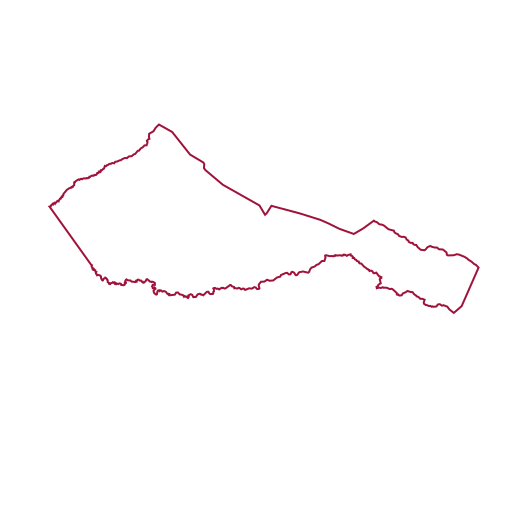 the district of Chigubo, Gaza, Mozambique, rotated 113°
{"feature_id": "85939544B66615302004978", "entity_name": "Chigubo", "entity_type": "district", "adm_level": 2, "iso_a3": "MOZ", "parent_name": "Mozambique", "parent_adm1": "Gaza", "projection": "natural_earth1", "projection_center": [33.548, -22.965], "detail": "fine", "context": "isolated", "style": "outline", "palette": "rose", "viewbox_px": 512, "rotation_deg": 113, "n_neighbors": 0, "source": "geoboundaries", "source_scale": "gbopen_adm2", "svg_char_len": 6116}
<svg xmlns="http://www.w3.org/2000/svg" viewBox="0 0 512 512"><g transform="rotate(113 256 256)"><path d="M328.5,404.3L328.6,403.4L329.8,403.3L330.7,402.3L330.9,401.2L331.5,401.6L332.3,401.0L332.3,400.2L331.6,400.0L332.1,399.0L331.9,398.4L333.0,397.8L333.1,397.0L333.5,397.3L335.1,396.0L335.2,395.0L335.8,394.7L335.0,393.6L334.9,391.8L335.3,390.8L336.9,390.0L338.2,388.5L338.5,387.7L338.3,387.4L336.4,387.4L335.5,386.3L334.8,386.3L334.9,385.5L335.5,384.1L336.1,383.7L336.2,383.1L338.1,382.2L338.2,380.9L339.0,380.5L339.1,379.9L338.8,379.2L337.9,379.2L336.9,377.9L336.2,377.6L336.4,377.2L335.4,376.0L335.6,375.6L336.1,375.9L336.6,375.6L336.9,374.8L336.6,373.8L335.7,374.0L335.7,371.8L334.8,371.3L334.5,370.7L334.4,369.5L335.3,368.8L334.6,366.3L333.5,365.6L332.5,366.2L331.6,365.2L331.0,365.6L331.0,366.4L329.4,366.6L328.2,366.2L328.4,364.3L327.6,362.0L328.2,360.7L327.1,356.8L326.4,356.0L325.9,356.8L325.5,356.7L325.3,356.0L324.2,355.8L323.7,355.1L323.7,354.4L324.1,353.6L323.5,352.2L324.2,351.2L323.9,350.3L324.6,349.9L324.5,348.9L322.0,347.7L320.3,347.7L319.8,347.0L321.0,343.6L320.6,342.6L320.8,342.0L320.2,341.4L320.0,340.4L320.4,338.5L322.1,337.8L322.9,339.8L324.7,339.8L325.2,338.6L326.0,338.4L325.8,337.8L324.6,337.3L325.1,335.9L325.6,335.7L326.2,336.3L328.2,336.7L329.8,335.4L330.5,333.3L330.4,332.5L330.0,332.3L327.0,332.9L326.1,332.7L325.3,331.8L325.3,331.4L325.9,331.0L324.8,330.2L325.4,328.3L324.3,327.2L324.1,325.6L324.4,324.5L325.3,323.2L324.9,321.4L325.7,321.6L326.1,320.5L323.3,315.6L320.9,315.2L320.1,313.7L321.2,311.1L320.8,310.2L320.6,307.8L321.5,306.6L320.7,306.4L320.7,305.9L321.2,305.3L320.4,304.0L321.3,302.7L321.2,302.1L319.9,301.9L318.7,302.8L316.7,301.2L316.7,299.5L318.3,297.8L318.3,297.2L317.7,296.7L317.3,295.4L314.1,294.7L312.9,293.3L312.6,292.3L313.1,291.3L312.6,290.4L312.8,289.2L308.3,287.3L307.8,286.6L307.5,285.8L308.7,284.4L308.9,283.2L307.8,280.9L307.1,280.7L305.9,281.3L305.1,280.9L303.6,281.5L302.5,282.6L302.0,282.3L301.4,281.3L301.7,279.6L300.9,278.4L301.2,276.9L298.8,275.3L298.6,274.4L298.1,273.8L298.3,272.4L297.7,271.4L292.8,268.5L292.6,267.6L293.3,266.6L293.1,264.2L294.2,263.3L293.6,262.4L293.3,260.6L292.0,259.3L291.9,258.6L292.5,256.8L292.3,256.3L291.0,255.3L290.8,254.0L291.4,253.3L291.4,252.6L288.5,249.8L287.7,247.1L285.4,245.5L285.1,243.9L286.0,242.1L285.1,240.4L284.3,240.2L282.4,241.8L281.1,242.3L277.8,241.4L276.3,238.3L273.5,236.5L273.5,233.9L271.8,230.6L267.6,228.3L265.5,225.6L263.8,225.6L260.2,222.2L259.3,220.7L260.1,218.7L259.6,217.4L258.9,217.0L257.1,217.1L256.3,216.3L256.5,214.2L257.7,212.8L258.1,211.6L257.1,210.6L254.4,210.1L253.6,209.2L251.9,206.7L251.0,201.5L249.9,200.9L247.2,201.0L245.0,200.4L243.6,198.7L242.1,197.5L240.6,196.9L239.1,195.2L234.9,193.4L233.8,191.1L230.3,191.4L228.8,192.5L228.3,192.4L227.8,191.2L227.3,188.0L226.4,186.2L226.0,184.5L225.4,184.2L225.0,183.2L224.7,183.0L224.5,183.5L224.1,183.1L223.9,181.4L222.5,179.1L222.4,177.6L222.0,177.3L221.8,176.4L220.9,176.2L220.9,175.5L220.3,175.4L220.0,174.2L220.4,172.5L219.0,171.5L217.5,169.6L218.5,168.9L218.3,168.0L218.9,166.5L220.0,166.2L219.5,164.8L220.5,163.7L220.4,162.2L221.2,161.2L221.0,159.2L222.0,158.5L222.3,157.6L221.8,156.2L223.6,152.3L224.0,149.9L224.5,148.7L224.4,147.7L224.9,147.0L224.7,146.3L225.5,145.6L224.5,144.4L224.5,143.0L225.9,141.1L225.6,140.2L224.3,138.8L226.6,134.8L226.3,134.2L226.8,133.5L226.5,132.3L227.3,132.0L228.4,132.9L229.1,133.0L232.4,130.5L234.7,132.1L236.3,132.1L237.3,133.0L238.5,132.2L237.1,130.5L236.6,128.5L235.2,127.1L235.4,126.1L234.6,124.7L234.1,122.6L234.2,120.0L233.2,118.4L233.2,117.2L235.0,112.1L236.4,111.3L236.4,110.7L235.8,110.0L236.3,109.3L236.3,108.4L235.3,106.6L233.1,106.2L230.8,104.0L229.0,102.9L228.7,99.3L228.2,98.6L228.3,97.2L229.4,95.7L229.8,93.3L230.4,92.4L230.2,91.1L230.5,89.6L231.2,88.3L230.4,85.9L230.4,83.7L233.4,83.4L234.3,82.7L234.8,80.5L234.4,79.6L234.5,77.6L233.8,75.9L234.1,74.4L233.4,73.8L233.5,73.0L232.0,70.2L229.7,69.7L228.8,68.6L228.6,67.5L229.1,65.4L228.0,64.1L227.9,60.1L229.6,57.1L231.1,51.7L221.8,47.1L179.7,46.6L178.1,50.4L178.3,51.5L177.0,55.4L176.4,59.2L175.8,60.6L175.3,63.9L175.4,69.6L175.9,71.9L178.0,74.2L180.5,79.6L180.3,80.8L178.3,82.0L177.1,86.1L177.1,86.9L178.3,90.1L177.5,92.7L178.3,94.5L178.8,97.5L178.7,99.6L180.9,101.6L183.9,102.5L184.9,103.2L185.9,107.0L184.7,110.6L183.2,112.8L183.8,114.5L183.6,115.9L182.7,117.0L183.5,118.8L183.3,121.0L182.3,121.7L182.0,123.7L180.5,125.5L180.6,127.6L181.5,129.2L181.6,132.2L180.5,133.8L180.5,136.5L179.9,138.0L178.8,139.0L179.6,144.5L178.0,150.1L177.9,152.1L178.6,154.8L177.6,158.0L177.8,160.0L177.4,161.3L188.9,168.2L197.5,174.6L198.4,189.7L197.7,202.3L197.6,210.7L199.6,231.6L203.8,261.4L212.6,262.9L214.5,263.8L208.1,272.6L203.4,314.3L196.7,336.1L195.4,338.3L191.7,339.5L190.5,341.0L188.4,356.3L174.6,381.6L172.9,396.7L177.2,398.5L181.2,399.1L185.2,402.1L188.0,401.2L189.8,399.9L190.9,400.9L192.6,401.5L193.0,401.2L193.2,400.6L194.0,400.2L196.9,400.0L197.8,401.9L199.9,402.6L202.2,404.2L204.7,404.8L205.3,405.9L209.2,407.1L210.1,408.1L212.7,409.5L214.1,412.0L216.3,413.0L217.0,415.0L218.9,416.8L220.6,417.8L221.2,418.8L223.4,420.9L224.4,422.5L226.1,422.8L226.6,424.7L228.0,425.8L228.5,427.0L229.7,427.6L230.9,428.9L231.6,428.9L232.2,429.5L232.2,430.3L235.0,430.1L235.5,430.7L236.8,431.1L237.3,431.8L237.8,431.8L237.8,432.3L239.1,432.3L239.3,432.8L239.6,432.2L240.1,432.5L240.4,433.5L241.4,433.8L241.4,434.4L241.9,434.7L242.8,434.5L244.0,435.0L244.5,436.5L245.3,436.6L245.9,437.3L245.9,438.2L246.7,439.0L248.1,439.7L248.2,440.3L249.1,440.2L249.3,440.8L250.2,441.2L250.5,442.5L251.0,442.7L252.0,445.2L253.3,446.1L253.2,446.9L253.6,447.6L254.9,448.2L254.8,449.2L255.9,450.1L259.0,452.0L259.2,451.5L260.1,451.8L261.8,451.0L262.9,451.7L263.7,451.5L264.4,452.7L265.0,452.4L266.5,454.3L269.1,456.0L274.1,457.5L275.4,457.1L275.8,457.6L276.7,457.3L277.1,457.9L277.6,457.5L278.5,458.4L279.5,458.1L280.0,458.9L281.5,459.0L282.5,459.9L283.0,459.3L283.6,460.6L285.4,461.1L285.5,461.8L286.4,461.6L286.2,462.4L286.6,463.1L287.9,462.8L288.1,463.5L287.8,463.7L289.3,464.4L290.4,464.3L291.2,465.4L328.5,404.3Z" fill="none" stroke="#9f1239" stroke-width="2"/></g></svg>